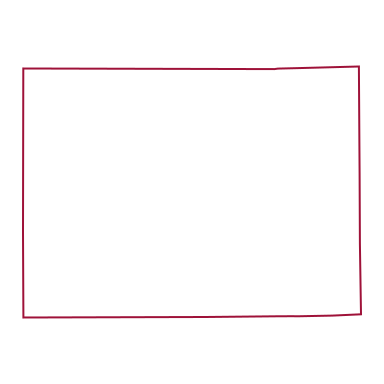 the district of Boone, Indiana, United States of America
{"feature_id": "52423323B87712405938690", "entity_name": "Boone", "entity_type": "district", "adm_level": 2, "iso_a3": "USA", "parent_name": "United States of America", "parent_adm1": "Indiana", "projection": "equal_earth", "projection_center": [-86.376, 40.052], "detail": "fine", "context": "isolated", "style": "outline", "palette": "rose", "viewbox_px": 384, "rotation_deg": 0, "n_neighbors": 0, "source": "geoboundaries", "source_scale": "gbopen_adm2", "svg_char_len": 323}
<svg xmlns="http://www.w3.org/2000/svg" viewBox="0 0 384 384"><path d="M296.8,316.3L332.3,315.6L361.0,314.3L359.9,243.5L359.6,173.4L359.4,145.2L358.9,66.5L302.5,68.0L277.9,68.6L274.4,69.1L23.3,68.5L23.0,232.0L23.4,317.5L205.2,317.0L275.3,316.3L293.0,316.2L296.8,316.3Z" fill="none" stroke="#9f1239" stroke-width="2"/></svg>